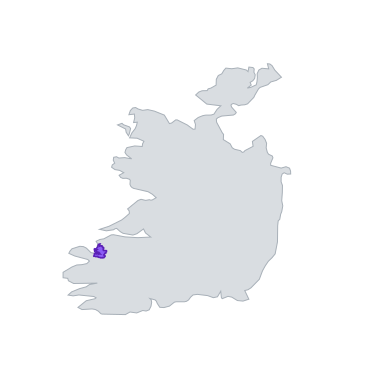 Tralee Lea-7, Kerry, Ireland (highlighted), rotated 18°
{"feature_id": "5873133B69138340953371", "entity_name": "Tralee Lea-7", "entity_type": "district", "adm_level": 2, "iso_a3": "IRL", "parent_name": "Ireland", "parent_adm1": "Kerry", "projection": "albers", "projection_center": [-9.78, 52.294], "detail": "fine", "context": "in_parent", "style": "filled", "palette": "violet", "viewbox_px": 384, "rotation_deg": 18, "n_neighbors": 0, "source": "geoboundaries", "source_scale": "gbopen_adm2", "svg_char_len": 7230}
<svg xmlns="http://www.w3.org/2000/svg" viewBox="0 0 384 384"><g transform="rotate(18 192 192)"><path d="M231.0,66.5L224.4,71.5L223.4,73.3L221.8,80.7L221.6,82.8L217.6,91.0L215.3,92.7L211.7,94.2L209.7,95.5L207.1,94.9L203.8,95.1L202.3,96.6L202.4,97.7L203.4,99.0L209.5,102.6L209.2,104.1L207.6,106.0L196.8,110.6L193.7,113.3L192.6,115.1L193.8,118.0L202.7,126.5L204.2,127.4L205.6,132.5L213.4,134.4L216.6,137.5L219.3,138.2L225.2,137.7L227.6,138.8L228.9,137.9L229.6,136.2L236.0,129.7L233.8,125.2L240.1,117.0L242.0,117.1L245.2,119.4L247.9,122.6L248.9,127.1L251.4,131.0L253.1,132.4L257.3,133.0L258.4,134.5L257.9,140.4L258.6,142.3L269.4,141.7L273.6,138.9L277.4,139.2L279.3,141.7L280.3,144.4L277.1,145.6L273.7,145.2L272.2,147.0L272.2,150.4L273.6,154.8L276.0,157.8L278.1,164.7L280.0,172.5L282.6,177.1L283.4,182.9L283.2,185.8L283.9,190.9L282.9,192.8L283.9,197.6L288.7,213.0L290.2,225.2L288.4,229.8L286.0,234.3L284.5,239.5L283.4,245.2L283.0,254.2L277.7,264.9L275.4,267.7L272.6,269.4L279.2,276.4L274.2,280.0L268.7,281.2L262.4,279.7L258.5,280.1L253.7,284.1L252.6,283.4L250.0,277.5L248.6,283.8L245.0,285.9L238.9,285.7L228.7,287.7L224.8,289.6L223.2,292.4L222.1,295.7L220.6,297.6L218.8,298.7L210.9,301.3L209.3,302.2L205.8,307.5L201.0,310.6L197.0,311.6L193.4,308.7L191.9,306.9L190.2,306.0L184.8,306.3L186.5,307.2L187.7,309.3L188.3,313.3L187.7,317.3L185.1,319.4L181.8,319.9L176.8,324.1L170.1,325.3L166.5,329.2L144.2,335.9L142.9,335.9L139.8,334.3L136.4,333.6L133.1,334.1L123.7,337.8L119.2,337.0L125.0,328.1L132.7,323.5L133.5,322.3L131.0,321.7L116.2,324.9L111.1,327.5L106.0,328.3L108.4,324.2L115.0,318.6L120.7,314.9L123.1,311.7L130.1,307.9L107.7,315.6L101.9,314.6L100.5,312.5L95.9,313.4L94.2,308.2L101.0,300.4L105.0,297.0L109.6,295.2L114.1,292.6L115.8,289.4L113.7,288.4L100.3,289.1L93.8,288.4L94.2,285.9L95.4,283.1L102.1,278.3L105.7,277.5L108.9,278.0L114.6,280.9L122.1,279.9L119.0,276.9L118.4,270.6L116.0,268.5L119.1,265.6L122.6,263.8L128.4,257.8L130.5,256.9L142.1,255.4L154.5,252.2L166.7,247.6L160.4,245.3L157.3,242.1L152.5,248.7L149.1,251.2L139.2,252.6L136.1,251.9L131.6,249.9L130.3,250.6L129.0,252.2L122.5,255.4L115.6,256.1L123.6,250.3L133.7,240.4L135.9,237.2L139.1,231.8L138.1,229.4L136.0,228.0L143.2,216.8L145.8,214.7L150.5,214.3L153.9,212.5L155.4,212.5L156.7,211.8L159.7,208.5L155.0,206.4L150.2,205.3L135.5,206.6L133.6,206.3L131.8,205.3L130.6,203.8L129.7,200.0L128.6,199.2L125.3,199.2L122.0,200.4L119.7,200.2L117.5,198.6L121.1,194.7L116.5,193.8L111.8,194.5L107.9,193.3L107.8,190.9L109.6,188.5L107.3,186.1L106.8,183.2L109.3,181.8L111.9,182.3L117.4,180.1L124.4,179.1L118.4,177.0L116.0,175.1L115.9,172.3L116.4,169.9L123.3,165.9L130.6,164.1L130.1,161.5L130.6,158.6L123.2,157.8L115.9,159.8L116.6,154.3L118.4,149.3L118.7,146.0L118.4,142.5L115.0,144.0L114.6,139.1L113.1,135.7L108.1,138.0L108.2,133.6L109.7,130.4L112.3,129.1L115.0,129.7L119.8,129.6L124.5,127.3L131.2,126.7L141.9,127.4L149.4,133.9L151.3,132.7L154.2,128.5L155.6,128.0L166.7,129.7L173.7,132.0L175.5,131.2L174.4,126.6L172.0,123.4L174.9,119.2L178.5,116.2L180.9,114.8L186.4,112.9L188.8,111.2L190.3,105.7L192.8,101.1L178.9,103.8L165.5,98.6L167.6,94.8L170.3,92.6L175.1,90.9L175.5,88.9L177.9,87.3L181.9,82.9L180.3,77.3L181.0,73.1L183.8,70.4L184.7,66.5L185.9,63.7L191.7,62.5L197.2,59.8L205.9,59.2L208.1,60.2L207.5,55.6L211.5,54.8L213.1,55.7L213.9,59.0L215.9,61.0L216.5,64.7L215.4,67.5L213.4,69.8L215.3,72.0L212.5,76.1L215.6,74.3L220.0,70.2L219.7,67.0L218.8,62.9L217.4,59.3L217.9,55.3L220.3,52.7L226.9,51.2L224.1,46.7L226.5,46.2L229.1,47.1L233.1,50.5L241.6,55.2L237.7,59.8L232.9,63.0L231.0,66.5ZM114.4,156.1L114.2,158.2L110.9,155.5L109.4,152.6L100.5,151.2L104.2,148.3L106.0,149.2L112.3,149.4L114.0,150.6L114.4,156.1Z" fill="#d9dde1" stroke="#a8b0b8" stroke-width="1"/><path d="M119.4,270.6L119.1,271.8L119.2,272.0L119.2,272.6L119.3,272.8L119.3,273.2L119.2,273.3L119.2,273.6L118.9,274.3L118.6,275.2L118.6,275.4L118.5,275.5L118.1,275.8L117.9,276.0L117.7,276.0L117.8,276.2L117.8,276.4L118.0,276.4L118.3,276.4L118.5,276.3L118.6,276.2L118.8,276.3L119.1,276.2L119.3,276.1L119.5,276.1L119.3,276.3L119.3,276.5L119.2,276.6L119.1,276.8L118.5,276.9L118.4,276.9L118.4,277.0L118.2,277.0L118.1,277.3L118.0,277.5L117.9,277.4L117.9,277.5L117.7,277.7L117.4,277.3L117.3,277.2L117.6,277.2L117.8,277.0L117.9,276.8L118.0,276.7L117.9,276.6L117.7,276.5L117.5,276.4L117.4,276.3L117.4,276.2L117.2,276.0L116.9,276.2L116.8,276.5L117.0,276.7L117.1,276.8L117.1,277.1L117.3,277.2L117.5,277.4L117.5,277.5L117.4,277.8L117.4,278.0L117.6,278.1L117.9,278.1L117.9,278.5L118.1,278.4L118.0,278.5L117.9,278.4L117.9,278.1L118.0,278.0L118.2,277.9L118.3,277.9L118.5,277.7L118.8,277.7L119.2,278.0L119.3,278.0L119.5,278.0L119.7,277.9L119.9,278.1L120.0,278.2L120.4,278.3L120.6,278.3L120.8,278.3L121.1,278.3L121.4,278.3L121.9,278.1L122.2,278.2L122.4,278.5L122.7,278.6L122.8,278.6L123.0,278.6L123.1,278.8L123.1,279.1L123.3,279.3L123.5,279.3L123.8,279.4L123.5,279.5L123.2,279.5L123.0,279.8L123.1,280.0L123.0,279.9L122.9,279.8L122.7,279.8L122.6,280.0L122.4,280.1L122.5,280.1L122.4,280.1L122.1,280.0L122.0,279.9L121.9,279.9L121.6,279.7L121.5,279.8L121.3,279.9L121.0,280.1L120.8,280.1L120.6,280.4L120.4,280.4L120.2,280.4L119.8,280.4L119.8,280.5L119.8,280.4L119.7,280.5L119.6,280.4L119.4,280.2L119.2,280.1L119.2,279.9L119.6,279.6L119.8,279.5L120.0,279.6L120.0,279.4L120.3,279.2L120.2,279.2L119.9,279.2L119.5,279.3L119.4,279.3L119.1,279.4L118.8,280.1L118.6,280.4L118.3,280.8L118.2,280.9L118.4,281.6L118.5,281.8L118.4,282.3L118.4,282.6L118.4,282.8L118.4,283.1L118.3,283.3L118.5,283.5L119.4,283.2L119.5,283.1L120.2,283.3L120.8,283.1L120.9,282.9L121.3,282.8L121.5,282.9L122.0,282.9L122.0,282.5L122.2,282.3L122.4,282.3L122.5,282.4L122.8,282.6L123.0,282.8L123.4,283.0L123.9,282.9L124.1,282.8L124.5,282.8L124.7,282.7L125.0,282.7L125.3,282.9L125.6,282.7L125.8,282.7L126.2,282.6L126.4,282.5L126.7,282.4L126.9,282.5L127.1,282.1L127.3,281.9L127.6,281.9L128.0,281.7L128.2,281.9L128.5,281.8L128.6,281.6L128.6,281.4L128.6,281.2L128.7,280.9L128.9,280.7L129.0,280.7L129.1,280.4L129.2,280.2L129.3,279.7L129.4,279.4L129.3,279.5L128.9,279.3L128.7,279.3L128.5,279.6L128.4,279.6L128.2,279.6L128.1,279.4L127.8,279.3L127.7,279.3L127.6,279.1L127.7,278.9L127.6,278.7L128.0,278.5L128.0,278.3L128.0,278.2L128.0,277.8L128.0,277.6L128.0,277.4L128.3,277.2L128.3,276.9L128.5,276.8L128.5,276.7L128.8,276.7L128.7,276.4L128.8,275.9L129.0,275.7L129.2,275.3L129.0,274.6L128.8,274.2L128.0,274.4L127.3,274.6L127.1,274.7L126.7,274.8L126.2,275.0L125.8,275.0L125.7,274.9L125.6,274.7L125.6,274.4L125.4,274.2L125.5,274.1L125.4,274.0L125.3,273.9L125.4,273.7L125.5,273.2L125.3,273.1L125.2,272.8L125.1,272.6L125.2,272.3L124.9,272.1L124.4,272.4L124.2,272.0L124.0,271.9L124.0,272.0L123.9,272.0L123.8,271.7L123.6,271.7L123.5,271.9L123.3,271.8L123.1,271.9L123.4,271.6L123.3,271.3L123.2,271.0L122.9,271.0L122.6,271.1L122.3,271.1L122.2,271.2L122.3,271.3L122.4,271.5L122.0,271.5L121.7,271.5L121.4,271.5L121.1,271.8L121.1,271.7L120.8,271.8L120.6,271.8L120.4,271.7L120.5,271.7L120.4,271.5L120.6,271.4L120.9,271.4L121.0,271.3L121.0,271.2L120.9,271.2L120.7,270.9L120.5,270.3L120.6,269.8L119.9,270.1L119.8,270.3L119.8,270.5L119.4,270.6ZM122.8,279.8L122.9,279.7L122.8,279.4L122.7,279.4L122.6,279.5L122.8,279.8ZM119.0,271.7L119.0,271.8L119.0,271.7Z" fill="#8b5cf6" stroke="#5b21b6" stroke-width="1.5"/></g></svg>